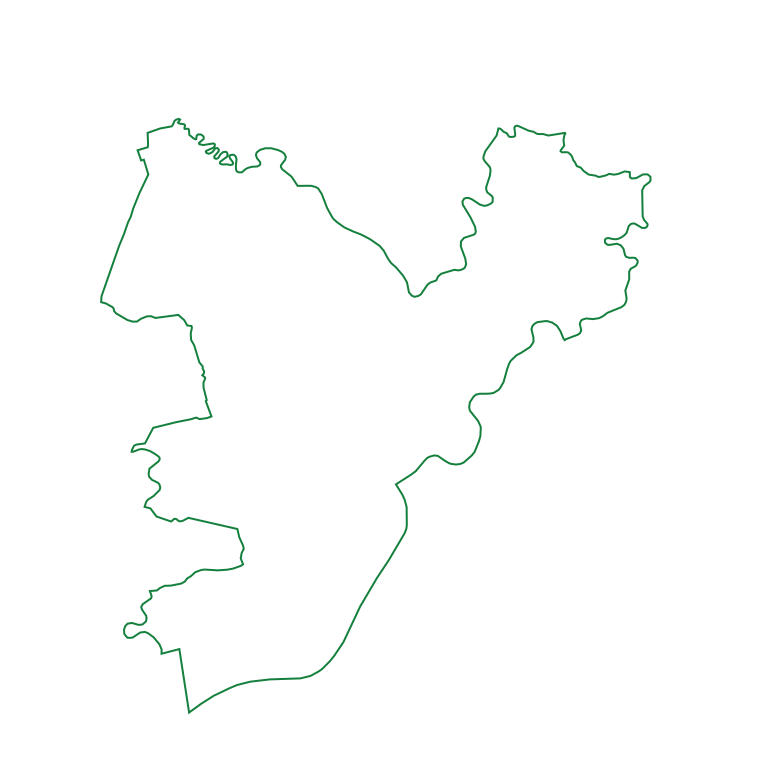 outline of Go Quao, Kiên Giang, Vietnam, rotated 261°
{"feature_id": "81297802B76509043653809", "entity_name": "Go Quao", "entity_type": "district", "adm_level": 2, "iso_a3": "VNM", "parent_name": "Vietnam", "parent_adm1": "Kiên Giang", "projection": "robinson", "projection_center": [105.33, 9.72], "detail": "fine", "context": "isolated", "style": "outline", "palette": "green", "viewbox_px": 768, "rotation_deg": 261, "n_neighbors": 0, "source": "geoboundaries", "source_scale": "gbopen_adm2", "svg_char_len": 6156}
<svg xmlns="http://www.w3.org/2000/svg" viewBox="0 0 768 768"><g transform="rotate(261 384 384)"><path d="M110.5,275.0L112.2,278.3L118.6,287.1L123.5,292.5L135.5,303.6L167.9,325.6L193.5,346.7L209.2,361.1L233.1,380.8L237.0,383.2L240.7,384.4L258.8,387.1L266.4,386.3L271.6,384.9L283.0,380.1L290.2,396.5L293.0,401.8L301.7,411.8L304.1,415.0L305.0,417.3L305.6,422.4L304.6,425.9L298.5,432.3L295.6,435.9L294.6,437.8L293.2,442.6L293.1,447.0L294.0,450.5L299.6,459.4L302.8,462.9L312.6,468.8L317.4,471.0L325.3,472.7L327.3,472.7L332.9,471.1L344.3,464.6L347.8,464.5L352.6,466.0L357.5,470.5L359.1,473.2L359.4,476.9L358.0,486.3L358.0,490.7L360.1,495.8L361.3,497.6L367.2,502.4L379.3,507.9L384.3,510.6L387.1,512.8L391.7,519.4L393.3,524.2L397.7,534.1L400.8,537.1L402.6,538.3L406.7,538.9L414.9,538.2L418.1,539.7L419.9,542.1L421.1,545.0L420.9,552.8L420.6,555.1L418.3,559.8L414.3,564.0L408.6,566.5L400.7,568.4L399.0,569.4L399.8,570.7L402.4,583.2L403.6,585.6L406.1,587.2L412.8,586.8L415.6,588.4L416.5,589.8L417.1,594.1L415.4,600.5L415.4,606.9L416.7,610.8L419.4,615.9L422.8,630.6L424.5,633.7L426.4,635.3L428.8,636.6L431.0,637.0L438.6,637.0L449.0,642.6L456.6,643.7L459.2,645.7L461.0,650.7L461.8,651.8L464.2,653.5L466.2,653.8L469.1,652.0L469.8,649.7L470.2,646.1L471.7,643.1L473.7,642.2L480.1,641.7L484.0,639.5L486.1,636.0L486.1,628.7L486.5,626.7L488.8,624.5L491.7,624.7L492.8,625.8L493.2,628.1L491.1,633.5L490.7,636.1L490.9,638.9L491.9,641.9L493.5,645.0L495.4,647.3L501.8,650.5L503.5,653.1L503.6,655.2L503.0,657.0L497.8,663.3L497.3,666.4L498.2,668.3L499.6,669.2L501.1,669.2L505.3,666.6L509.0,665.7L534.9,669.3L538.8,672.1L541.8,677.6L543.1,679.0L546.8,679.6L549.0,678.0L549.9,676.7L550.5,672.7L547.9,665.3L548.2,660.9L549.3,659.6L550.4,659.3L554.8,659.9L556.3,655.0L554.8,648.0L554.8,643.9L556.3,639.3L555.3,635.7L554.8,629.6L555.1,627.8L556.5,626.0L558.9,618.8L563.2,614.5L567.0,612.1L569.1,608.5L572.9,607.4L575.5,605.9L579.0,605.4L581.3,604.3L583.7,602.3L584.4,600.7L585.0,596.1L586.2,594.8L587.2,595.1L591.2,599.2L597.0,599.5L601.3,601.0L603.2,602.3L603.7,602.0L603.7,585.2L605.9,580.5L606.7,575.7L607.4,573.9L609.7,571.2L611.5,566.6L617.8,557.0L618.4,555.4L617.9,553.7L616.6,552.8L610.4,552.7L608.5,552.2L607.9,551.0L608.2,547.4L609.0,546.0L612.5,544.5L614.3,541.7L617.9,538.9L618.5,537.0L611.8,534.1L597.8,520.3L592.5,517.6L590.6,517.5L588.4,518.3L581.8,522.4L579.9,522.7L577.5,522.5L572.8,521.0L562.4,515.7L559.8,515.4L557.1,516.0L552.6,520.1L551.3,520.6L547.0,519.8L545.7,518.3L545.0,516.3L544.3,513.6L544.2,511.0L546.2,506.8L552.7,499.7L554.6,496.5L554.9,494.0L554.5,492.2L552.2,490.1L548.7,489.9L535.3,495.4L525.2,498.5L520.0,498.5L518.2,497.5L517.4,495.8L515.8,485.9L512.7,482.3L507.8,481.4L495.1,483.9L489.7,483.9L486.4,482.2L485.4,480.5L484.7,478.1L484.6,475.1L485.8,471.4L484.0,457.9L481.8,454.3L478.1,451.8L477.0,445.8L475.5,442.7L466.8,434.5L465.6,431.6L465.3,427.9L466.9,425.3L470.6,423.0L480.8,422.6L487.8,419.9L497.2,414.2L502.4,409.9L506.6,407.8L515.7,404.6L521.1,401.3L529.2,392.9L535.2,384.8L539.6,377.2L544.8,369.4L551.2,362.9L554.9,359.9L557.2,358.8L566.9,355.3L581.2,352.3L587.4,349.6L589.3,347.3L591.2,342.9L593.2,329.7L603.3,325.1L612.2,316.9L614.7,316.1L616.5,316.8L620.8,321.3L623.6,322.6L627.0,321.6L629.4,319.4L631.6,316.0L634.5,309.5L635.4,303.7L634.6,298.0L632.6,294.5L630.3,293.3L626.8,293.9L622.5,296.4L620.4,296.2L619.6,295.5L618.7,292.8L619.2,287.3L618.7,283.2L617.8,280.7L615.3,276.8L615.8,273.6L616.8,272.1L618.5,271.4L622.1,271.7L629.1,273.5L631.5,273.2L632.8,272.5L634.0,271.2L634.2,269.5L634.0,267.8L633.2,266.8L630.9,267.2L627.0,269.3L625.5,269.5L624.5,268.7L624.3,266.6L625.5,263.4L626.1,258.7L627.0,256.8L628.0,256.5L629.2,257.1L633.0,264.4L635.3,265.5L637.4,265.0L638.2,263.8L638.1,261.0L636.5,258.5L633.1,255.6L632.6,253.5L633.5,251.9L635.3,251.9L639.6,257.0L641.3,257.5L643.0,256.5L643.2,254.3L639.9,250.8L638.9,247.8L638.9,246.7L639.9,244.9L641.2,244.3L642.0,244.7L644.2,252.7L645.4,254.0L647.2,254.4L648.2,253.4L648.3,252.4L648.3,242.7L649.8,239.1L651.1,239.0L654.2,244.2L656.0,244.6L657.1,244.2L659.0,242.4L659.6,239.5L658.5,237.8L655.2,236.8L655.3,235.7L656.6,234.2L660.5,230.7L665.7,231.1L666.7,230.6L667.2,227.0L668.2,226.9L670.2,227.9L671.3,227.6L671.8,227.2L673.3,222.5L674.4,221.4L677.0,224.0L678.0,222.8L677.6,220.1L676.7,218.3L672.6,215.7L671.7,214.6L671.4,202.9L669.0,189.8L657.1,188.4L654.8,187.7L653.4,177.2L642.8,179.1L643.1,181.9L627.8,184.0L611.1,172.5L596.5,163.7L588.7,160.0L583.8,156.5L572.5,150.5L561.9,144.0L515.0,118.8L509.1,117.4L507.0,122.0L502.6,127.6L501.1,128.7L498.2,128.9L495.6,130.5L487.3,140.6L484.9,145.6L484.3,149.9L486.4,154.0L487.9,160.5L487.4,164.5L485.0,168.6L484.4,191.7L478.3,196.7L472.6,198.8L471.4,202.9L469.7,203.1L464.1,201.0L457.6,200.4L451.9,202.6L434.2,205.0L429.7,207.7L427.7,207.3L424.7,208.3L422.5,207.7L421.1,205.9L418.5,208.2L417.7,208.4L413.6,205.9L408.5,205.2L395.8,206.4L395.0,205.3L378.9,208.5L378.0,203.7L378.2,196.3L380.2,193.3L379.4,187.6L378.8,172.3L376.8,149.2L362.7,138.6L362.9,130.1L362.1,127.4L358.0,124.6L356.5,124.2L356.4,125.9L357.7,132.2L357.6,134.8L356.7,137.8L354.5,142.2L351.6,145.9L347.9,149.8L346.2,150.8L344.3,150.5L342.8,149.1L337.1,139.1L331.8,137.4L329.0,137.6L325.6,139.9L321.8,145.3L320.0,146.5L316.6,146.8L314.4,145.8L309.4,138.9L306.7,132.7L304.8,130.7L300.1,128.3L297.7,133.8L288.7,138.6L281.6,152.0L281.6,152.6L283.6,155.6L283.4,157.3L280.5,160.2L280.3,161.1L280.2,163.3L282.4,169.9L263.7,216.5L255.2,217.1L246.6,219.5L243.1,219.7L239.2,216.9L234.1,215.2L228.0,216.6L226.8,214.2L225.3,206.3L225.1,200.5L225.9,190.8L228.8,177.8L228.9,174.5L227.7,168.3L224.3,163.0L222.7,159.1L220.0,156.4L218.6,152.4L218.2,142.0L219.0,135.8L217.5,130.7L215.6,127.4L216.1,120.4L210.7,121.3L208.8,120.5L204.3,111.3L201.8,109.3L199.0,109.7L192.4,112.8L189.9,112.9L186.8,111.8L184.3,107.9L184.3,105.9L184.6,103.6L187.4,97.7L187.4,93.2L185.4,90.6L182.1,88.8L177.8,88.4L173.7,90.7L173.0,93.1L172.9,96.1L176.7,104.4L176.5,109.0L175.1,111.6L169.9,116.8L162.0,121.5L156.7,122.8L152.4,122.1L154.2,140.4L90.0,140.1L96.8,153.4L102.7,167.0L107.6,183.4L109.7,191.8L110.9,205.5L110.1,225.0L106.3,255.5L107.2,265.8L110.5,275.0Z" fill="none" stroke="#15803d" stroke-width="2"/></g></svg>